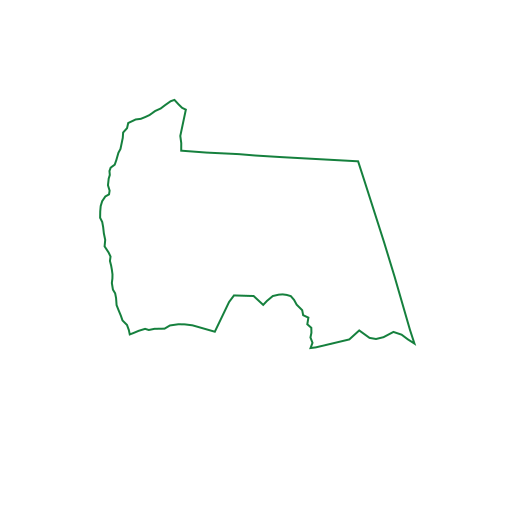 the district of Cafezal do Sul, Paraná, Brazil, rotated 304°
{"feature_id": "56859067B2894193883317", "entity_name": "Cafezal do Sul", "entity_type": "district", "adm_level": 2, "iso_a3": "BRA", "parent_name": "Brazil", "parent_adm1": "Paraná", "projection": "mercator", "projection_center": [-53.585, -23.955], "detail": "fine", "context": "isolated", "style": "outline", "palette": "green", "viewbox_px": 512, "rotation_deg": 304, "n_neighbors": 0, "source": "geoboundaries", "source_scale": "gbopen_adm2", "svg_char_len": 1518}
<svg xmlns="http://www.w3.org/2000/svg" viewBox="0 0 512 512"><g transform="rotate(304 256 256)"><path d="M391.6,287.7L352.2,221.8L338.9,199.2L330.9,184.9L327.4,179.1L314.1,157.2L301.5,135.1L307.8,130.9L313.2,126.1L338.1,116.0L337.5,111.9L338.4,107.0L339.8,101.1L336.6,98.7L330.3,96.3L325.0,94.5L319.8,91.3L313.3,88.9L309.3,86.5L305.3,83.8L301.9,79.9L294.8,75.7L289.9,77.6L284.1,76.8L279.4,79.5L273.8,81.8L268.9,83.8L264.7,84.2L261.3,85.3L257.3,86.6L252.7,87.8L248.0,86.1L244.5,87.0L241.4,89.5L237.8,90.6L231.9,93.7L228.3,98.1L224.9,99.7L221.1,97.8L215.5,97.8L210.6,99.3L205.9,101.9L200.5,105.4L198.2,109.5L194.4,113.2L189.7,117.2L185.0,122.0L179.3,125.1L176.5,131.8L174.2,135.7L170.2,137.7L167.1,141.2L163.9,144.3L160.5,147.3L157.1,149.5L153.0,151.6L148.1,156.2L146.3,160.1L142.9,163.5L137.3,167.9L134.0,172.7L130.9,177.4L127.9,181.4L126.7,187.6L123.5,192.0L120.4,195.2L123.5,197.4L128.4,200.6L133.6,204.8L134.7,208.5L138.9,212.6L144.6,220.8L150.3,223.5L156.0,229.8L159.5,235.2L163.0,242.1L170.2,264.2L202.8,259.4L211.0,259.8L219.2,272.8L221.5,276.4L219.5,289.3L224.9,290.2L232.2,292.3L236.7,296.5L239.1,299.6L240.9,303.2L242.2,307.3L240.9,312.1L238.4,316.9L236.9,324.6L233.3,328.2L234.2,333.9L228.1,336.7L227.4,342.0L223.3,344.9L218.9,346.7L215.6,351.4L210.2,352.7L213.7,356.7L239.0,380.0L252.0,383.2L251.6,395.9L254.3,401.9L260.0,407.1L269.9,412.4L272.2,420.7L271.8,428.5L272.0,436.3L280.9,424.9L316.4,382.4L339.0,354.5L373.7,310.5L377.8,305.3L391.6,287.7Z" fill="none" stroke="#15803d" stroke-width="2"/></g></svg>